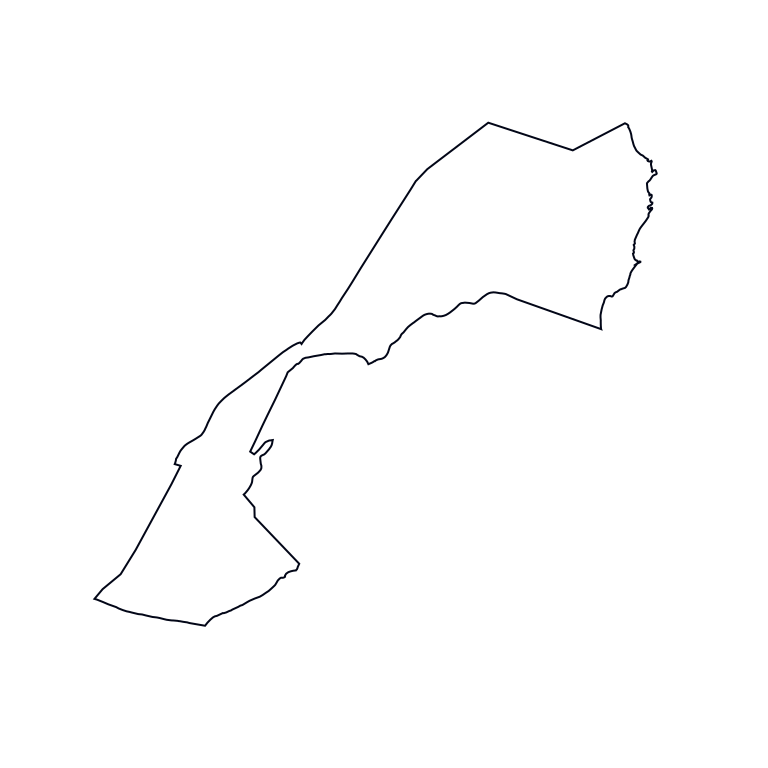 the district of Industrial Estate, Laborie, Saint Lucia, rotated 224°
{"feature_id": "8701671B45251476998803", "entity_name": "Industrial Estate", "entity_type": "district", "adm_level": 2, "iso_a3": "LCA", "parent_name": "Saint Lucia", "parent_adm1": "Laborie", "projection": "natural_earth1", "projection_center": [-60.975, 13.743], "detail": "fine", "context": "isolated", "style": "outline", "palette": "ink", "viewbox_px": 768, "rotation_deg": 224, "n_neighbors": 0, "source": "geoboundaries", "source_scale": "gbopen_adm2", "svg_char_len": 6108}
<svg xmlns="http://www.w3.org/2000/svg" viewBox="0 0 768 768"><g transform="rotate(224 384 384)"><path d="M425.1,266.4L426.7,264.3L427.3,263.7L428.7,260.3L428.9,259.6L428.9,258.2L428.7,256.1L428.3,250.1L428.4,245.5L428.6,243.2L433.3,242.4L436.9,253.3L442.5,269.5L446.1,280.4L451.4,296.9L459.9,321.9L461.4,325.5L460.6,332.2L460.7,333.1L460.8,335.4L460.7,337.1L460.4,338.2L459.7,338.9L459.5,340.2L459.6,343.2L459.8,344.8L459.7,346.0L458.7,348.3L456.8,350.7L453.8,355.2L449.5,361.0L447.3,364.3L446.5,365.0L445.6,366.2L443.7,368.0L442.5,369.4L440.5,371.9L435.1,376.8L430.8,381.3L427.6,384.3L426.1,385.4L424.7,386.2L423.6,386.3L420.9,387.0L418.8,388.3L418.0,388.5L416.9,388.8L414.4,388.8L411.6,388.4L409.0,387.4L407.6,390.7L407.1,392.3L406.9,393.3L406.8,393.8L406.4,394.1L406.3,395.2L405.7,396.8L405.2,397.8L404.2,399.1L403.2,400.5L402.5,402.2L402.1,403.9L402.2,406.2L402.6,408.0L403.0,409.4L405.7,414.9L406.1,416.3L406.1,418.3L405.6,419.8L405.2,421.5L405.1,422.7L404.8,424.4L404.7,425.9L404.9,428.3L405.0,429.1L405.7,430.7L406.0,432.3L405.8,434.7L406.2,438.9L406.3,441.7L406.0,444.6L405.5,447.8L405.2,449.1L404.9,451.4L403.4,460.2L402.9,461.9L402.0,463.7L400.9,465.4L399.6,466.7L398.4,467.6L397.6,467.9L396.9,467.9L396.2,468.2L394.7,468.9L393.4,469.3L392.2,470.0L391.2,471.2L390.3,472.0L389.5,472.9L388.4,474.6L387.4,476.6L386.7,479.0L386.2,481.3L385.6,485.5L385.4,487.2L385.2,490.2L385.2,492.2L385.1,494.2L384.7,495.6L384.1,496.5L383.4,497.3L382.7,498.3L381.9,499.1L378.7,501.7L375.9,503.5L375.5,503.8L374.8,504.6L374.3,505.7L373.7,509.9L373.3,515.1L372.3,520.2L371.6,522.2L370.7,523.8L369.1,525.8L367.9,526.9L366.1,528.2L363.9,529.7L361.9,531.3L359.9,532.7L358.9,533.3L347.2,537.3L265.9,574.3L266.3,574.5L268.7,576.7L271.4,579.4L272.1,580.2L274.6,582.4L276.2,584.1L277.7,586.4L279.3,588.9L281.3,592.5L282.3,595.0L282.8,596.0L283.6,597.3L284.3,599.1L284.3,600.3L284.3,601.6L283.8,603.0L283.4,603.4L283.1,603.8L282.1,604.6L281.3,604.9L280.8,605.2L280.5,605.9L280.7,607.0L281.1,608.7L281.3,609.4L281.2,610.3L280.8,611.5L280.4,612.2L279.9,615.6L279.6,616.5L279.0,617.3L278.9,617.9L277.4,620.5L277.3,621.9L278.0,624.7L278.9,626.8L280.2,628.5L281.4,631.0L282.3,632.5L282.8,633.8L283.6,634.8L284.2,636.8L284.6,638.9L285.2,643.4L285.3,644.6L286.1,644.2L286.0,644.8L285.6,646.1L285.0,647.9L284.5,649.0L284.3,649.8L284.6,650.1L285.2,649.8L285.7,649.2L286.2,648.3L286.5,648.0L287.2,648.4L287.9,648.5L288.4,648.1L289.6,647.9L290.5,648.0L291.8,648.6L294.1,649.8L295.5,650.8L295.4,651.9L295.6,652.2L296.3,652.8L297.2,653.2L297.6,653.8L297.9,655.1L299.1,656.5L299.5,656.8L301.0,657.5L301.1,659.3L302.8,660.6L303.2,661.3L303.7,661.9L305.7,667.2L306.2,668.9L306.9,670.7L307.6,672.7L307.9,673.9L308.2,675.9L309.0,683.1L309.8,687.5L310.4,688.8L311.1,689.2L311.3,689.4L311.6,690.0L312.0,690.5L312.5,693.4L312.5,694.8L312.6,695.8L313.0,696.6L313.5,696.9L314.2,696.4L314.4,696.2L314.5,695.4L314.5,694.0L314.8,693.6L315.5,694.1L316.1,693.9L316.7,694.0L317.2,694.7L317.2,696.0L317.0,696.7L316.5,697.3L316.3,698.3L316.2,699.3L316.3,700.1L317.0,700.9L318.2,700.3L319.0,700.4L320.6,701.4L321.0,701.8L321.2,704.0L321.7,704.8L322.0,705.3L322.9,705.9L323.7,705.6L323.9,704.7L324.1,704.1L324.7,704.4L325.7,705.5L327.7,705.8L328.8,706.5L330.4,707.6L333.8,710.6L334.3,711.1L334.4,712.0L334.5,713.5L334.3,714.6L334.4,716.0L334.7,717.4L335.0,719.0L335.2,720.4L335.0,721.4L333.9,724.0L333.9,724.5L334.2,725.0L336.8,726.3L337.4,726.3L338.3,725.1L338.4,724.5L338.4,722.9L339.0,723.0L339.5,724.0L344.4,727.3L345.1,728.1L345.9,729.8L346.1,730.1L346.7,730.3L347.3,728.7L348.1,728.1L349.1,727.7L349.7,727.8L349.9,728.6L350.1,729.0L352.2,728.5L353.1,728.2L356.5,728.1L358.8,727.3L362.0,727.2L364.2,727.2L365.1,727.4L369.5,728.9L371.2,729.8L373.5,731.2L376.0,732.6L377.2,733.4L378.3,734.3L379.8,735.4L381.9,736.6L383.2,737.2L385.1,738.0L386.8,738.4L387.2,739.0L387.6,739.4L388.1,739.7L389.7,739.6L391.2,739.1L391.8,738.9L410.5,683.2L490.5,644.4L502.1,568.7L502.0,552.6L502.1,552.2L499.9,542.1L493.1,508.3L489.1,489.0L481.2,451.2L477.6,435.0L476.0,427.4L474.0,416.6L473.0,412.2L472.3,408.5L471.3,403.8L470.7,398.0L470.7,395.8L470.8,394.2L470.8,389.2L471.8,380.7L472.0,372.1L472.0,365.3L471.9,360.5L471.3,356.3L471.1,355.5L473.0,355.7L473.5,355.1L474.3,353.6L474.7,352.8L475.2,351.3L476.0,349.0L476.4,347.6L477.5,343.0L477.9,340.7L478.8,336.7L479.5,331.5L482.2,308.7L482.5,305.4L483.5,299.2L485.1,288.4L486.9,277.9L488.5,268.5L489.0,264.6L489.2,262.7L489.3,258.8L489.3,255.2L489.0,252.7L488.2,248.3L487.5,245.6L484.3,235.6L483.8,233.9L482.1,229.6L481.6,227.9L481.0,226.3L480.5,224.2L480.0,220.6L480.1,219.3L481.6,213.1L482.3,210.5L483.4,206.8L484.0,204.5L484.4,202.1L484.5,200.7L484.4,199.2L484.2,196.5L484.0,194.7L483.5,192.7L481.9,187.7L481.6,185.8L480.6,184.4L479.6,182.6L478.9,181.0L473.4,183.9L467.3,164.2L458.6,132.7L447.4,92.2L441.3,64.2L443.9,41.0L443.0,28.3L440.5,29.6L434.6,32.0L429.3,34.0L421.6,37.5L419.0,38.2L414.9,39.9L411.2,41.7L408.7,43.3L406.7,44.4L400.9,47.8L397.9,50.2L394.5,52.1L388.7,55.6L385.2,58.3L382.7,59.9L378.8,62.1L376.6,63.4L372.8,66.2L371.1,67.7L368.0,70.2L366.9,70.9L365.9,71.7L363.3,73.4L360.0,75.8L357.9,76.9L344.8,85.8L345.2,89.7L345.2,93.9L344.9,97.3L344.3,99.3L343.1,101.2L340.8,107.3L340.1,107.8L338.8,110.1L337.6,113.3L336.8,114.7L336.4,116.4L334.0,122.5L333.4,124.7L332.3,126.7L330.9,132.0L330.1,134.7L327.9,140.0L325.6,144.7L324.7,147.9L323.9,151.9L323.2,154.9L322.9,158.8L322.7,162.4L322.7,163.9L323.4,166.9L323.9,168.8L323.9,171.6L323.5,173.1L322.2,174.3L321.6,175.2L321.3,176.6L322.1,177.4L322.6,179.6L322.1,182.2L321.0,184.4L319.6,186.6L317.9,188.7L318.0,188.9L317.9,190.1L318.3,191.3L319.0,192.6L320.1,195.8L384.6,198.4L391.6,205.3L408.1,207.0L408.0,209.1L408.3,213.0L408.7,215.5L409.5,218.7L410.2,220.6L410.7,221.6L411.0,222.1L412.7,224.3L413.5,225.5L413.7,226.0L413.8,227.1L413.0,232.6L413.0,234.4L413.1,236.4L413.4,237.4L413.8,238.3L414.8,239.4L415.4,240.0L417.3,241.1L421.2,244.3L422.1,245.3L422.4,246.2L422.4,247.0L422.1,248.1L421.3,250.0L421.1,251.7L421.4,257.6L421.5,257.9L421.8,260.1L422.3,261.8L422.7,262.6L423.3,263.7L424.5,265.4L425.1,266.4Z" fill="none" stroke="#020617" stroke-width="2"/></g></svg>